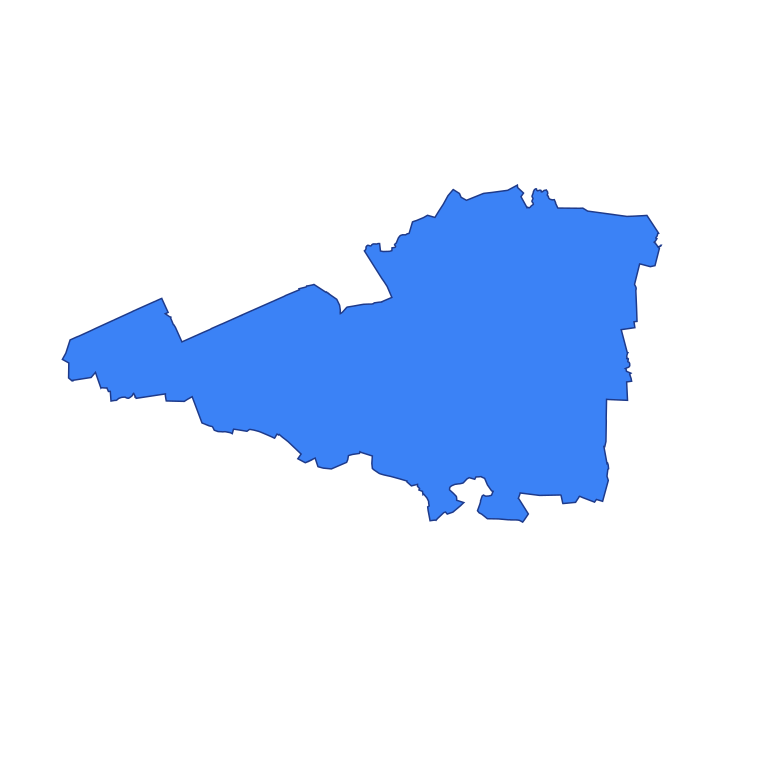 outline of Platones pag., Jelgava, Latvia, rotated 255°
{"feature_id": "27541924B52007351814960", "entity_name": "Platones pag.", "entity_type": "district", "adm_level": 2, "iso_a3": "LVA", "parent_name": "Latvia", "parent_adm1": "Jelgava", "projection": "mercator", "projection_center": [23.71, 56.549], "detail": "fine", "context": "isolated", "style": "filled", "palette": "blue", "viewbox_px": 768, "rotation_deg": 255, "n_neighbors": 0, "source": "geoboundaries", "source_scale": "gbopen_adm2", "svg_char_len": 6090}
<svg xmlns="http://www.w3.org/2000/svg" viewBox="0 0 768 768"><g transform="rotate(255 384 384)"><path d="M518.0,596.2L518.1,595.3L518.3,594.3L519.4,592.3L520.4,591.5L521.4,591.2L522.9,591.3L523.7,590.6L524.8,590.8L525.6,591.5L527.3,591.7L529.3,591.0L529.2,590.8L529.4,590.4L529.4,590.0L529.5,589.9L529.5,588.6L528.9,587.3L528.7,586.6L528.8,585.9L529.0,585.6L529.8,585.8L530.4,585.7L530.9,584.8L530.9,583.7L530.8,582.5L531.2,582.0L531.7,581.7L532.8,581.8L533.2,581.5L533.2,580.7L532.8,579.6L531.6,578.5L531.1,578.1L529.8,577.5L527.2,575.6L526.6,575.5L525.1,575.9L524.4,575.9L522.7,574.4L522.2,574.2L521.7,574.2L520.2,574.8L519.0,574.8L518.6,574.2L518.5,573.8L517.9,572.3L517.1,571.2L516.9,570.8L516.6,569.7L517.2,568.9L517.6,568.6L517.7,568.3L517.3,567.8L529.5,564.8L532.3,568.2L539.2,563.9L541.6,564.3L539.1,553.7L539.1,553.4L541.1,537.8L542.3,529.8L542.3,529.1L540.1,511.2L544.4,506.8L548.5,506.2L553.9,501.2L553.7,500.8L549.3,494.5L542.2,487.7L537.0,481.9L531.7,476.3L535.7,469.7L534.5,465.2L533.5,457.6L533.4,455.1L533.2,453.5L523.1,447.3L523.0,446.3L523.1,445.3L522.5,443.5L523.3,440.7L523.3,438.9L523.0,437.8L522.2,436.7L521.4,435.7L517.2,432.5L516.8,432.0L516.6,431.2L515.7,430.2L514.3,430.8L513.9,430.8L513.4,430.5L513.1,429.8L513.3,428.3L513.3,427.8L513.5,427.0L510.8,426.1L510.7,423.7L512.2,417.4L513.4,415.0L520.8,416.1L521.2,414.6L521.1,413.2L522.0,410.3L522.0,409.1L521.6,408.2L520.9,407.5L520.9,406.7L521.1,406.1L521.6,405.5L522.2,404.3L521.9,403.2L520.9,402.0L519.8,401.9L518.3,400.8L517.7,399.5L486.5,409.2L482.7,410.6L477.4,412.3L465.6,414.0L464.0,402.8L463.8,402.8L464.3,400.4L464.9,395.6L464.3,394.3L464.4,393.5L464.4,392.8L465.0,390.6L466.3,384.8L466.5,382.8L467.2,374.4L467.8,368.4L467.6,367.7L464.4,362.9L463.6,361.2L463.3,360.0L464.0,360.1L466.5,360.9L471.6,361.5L478.0,360.3L485.2,354.2L485.3,354.3L486.4,353.5L486.4,353.2L486.8,352.8L487.4,352.6L487.9,352.1L487.7,351.6L498.3,342.1L498.2,341.1L498.4,337.2L498.6,335.1L498.7,334.6L498.1,334.2L497.9,333.7L497.9,332.5L498.0,326.5L496.9,326.6L494.9,311.5L494.6,310.7L492.0,294.1L487.2,263.2L487.1,263.3L487.1,262.9L483.9,242.9L483.9,242.5L482.2,231.5L481.8,230.6L480.6,222.4L477.6,203.7L477.0,199.7L492.7,197.2L495.6,196.3L495.9,195.9L502.8,195.0L503.7,195.5L504.7,194.1L508.5,190.9L509.0,194.0L523.9,191.5L524.2,191.5L524.2,191.1L519.3,160.4L519.0,159.2L512.4,120.1L511.2,113.6L509.1,101.0L509.1,100.3L508.8,98.3L507.8,92.2L496.2,84.7L491.0,79.7L485.9,85.0L471.5,80.9L467.7,83.5L467.6,84.3L468.1,84.3L466.1,102.8L469.9,108.3L453.3,109.5L453.6,109.9L452.0,114.6L452.0,115.3L448.1,115.9L447.7,117.7L438.2,115.9L437.8,119.9L437.5,121.0L437.7,121.9L438.0,122.5L438.7,123.9L438.9,125.4L439.0,127.2L438.7,128.9L438.3,130.6L437.3,131.5L436.6,132.8L436.4,133.4L436.4,134.0L437.0,135.8L437.8,137.6L438.2,138.2L439.2,138.8L439.7,139.8L436.8,140.4L436.1,140.1L436.1,140.6L434.3,140.9L431.0,170.3L429.4,169.8L425.5,169.4L424.0,169.3L422.1,175.7L418.9,186.6L420.0,190.0L421.4,195.4L393.5,198.1L389.1,203.9L388.6,204.7L387.4,207.0L386.7,207.4L383.3,208.1L381.0,211.4L379.9,214.9L379.6,215.6L379.1,218.1L378.8,218.8L376.7,223.0L375.3,224.6L379.1,226.8L379.3,227.1L379.2,227.3L377.7,230.8L373.8,239.4L374.8,241.9L374.9,242.3L374.8,242.6L374.7,243.1L373.2,246.3L370.9,250.3L369.7,252.1L365.5,257.5L362.3,261.5L360.0,264.2L360.0,264.3L360.7,265.1L362.6,266.9L363.3,267.7L362.0,269.0L362.4,269.7L358.9,272.1L353.2,276.4L337.8,285.8L334.1,281.4L328.4,287.5L328.3,287.8L329.1,292.2L328.9,292.0L329.4,294.7L329.6,294.9L330.3,298.3L321.4,298.8L321.1,299.0L318.5,303.5L315.6,311.2L318.0,327.6L320.3,329.4L324.0,331.1L324.1,332.2L324.1,335.5L323.3,342.4L324.8,343.2L323.7,344.4L317.5,354.1L310.4,351.7L305.4,350.9L303.6,352.1L299.0,356.1L298.2,357.1L296.2,360.4L294.1,364.4L293.1,366.4L288.3,374.6L284.3,381.1L283.6,380.8L283.4,380.9L278.5,384.1L278.4,390.4L276.4,389.9L273.9,391.3L272.6,390.3L270.3,393.4L267.0,393.0L267.3,393.9L262.8,396.0L259.1,396.7L257.4,396.3L254.6,396.1L254.0,394.4L250.5,393.9L240.0,393.1L239.5,397.1L239.1,398.9L238.9,399.0L240.2,400.9L244.3,408.5L244.4,410.3L242.0,411.4L242.4,417.4L246.9,427.0L247.1,427.2L248.8,430.4L252.9,424.1L254.7,424.6L256.4,424.8L256.9,424.7L260.5,422.7L264.8,419.9L266.8,420.6L267.4,421.2L268.2,422.9L268.7,426.5L268.2,430.6L268.0,431.4L267.9,433.9L268.0,435.0L270.8,439.5L271.5,442.0L268.5,447.0L270.4,448.8L269.8,451.6L269.4,453.9L268.9,454.2L266.8,456.8L259.7,457.8L252.9,460.3L252.1,461.6L248.8,459.1L248.7,458.9L248.7,456.3L249.3,453.2L251.0,451.3L250.4,449.8L246.2,447.0L245.3,446.8L243.0,445.4L237.4,441.5L234.9,442.6L233.0,444.7L227.1,449.0L224.1,459.5L220.6,469.1L220.2,470.8L220.0,471.0L218.3,477.1L217.5,479.1L217.0,479.8L214.7,482.2L216.5,484.5L221.1,489.8L238.0,484.6L238.7,484.1L242.2,486.6L243.5,487.3L236.1,505.5L231.1,525.8L230.7,526.2L222.5,525.8L222.2,525.9L220.1,538.4L224.7,543.5L224.8,543.5L224.9,544.0L223.1,546.2L215.4,556.8L217.5,559.3L214.1,564.8L232.8,575.7L237.2,575.5L243.6,578.1L244.0,579.0L247.8,579.6L249.7,579.5L249.4,578.8L266.7,580.2L266.3,581.0L271.0,583.5L290.6,589.1L293.2,589.7L311.6,595.0L310.7,597.5L305.2,615.0L323.2,618.9L322.6,623.9L325.5,624.1L329.9,623.8L330.5,625.3L333.5,621.5L336.0,621.7L336.4,621.2L336.7,622.6L336.8,623.9L337.0,624.8L337.3,625.4L337.9,626.0L338.3,626.2L340.3,626.6L341.6,626.3L341.8,626.1L342.1,625.6L342.5,625.3L342.8,625.3L344.0,626.1L345.1,626.5L345.4,626.3L345.2,625.8L345.6,625.1L345.8,625.0L346.1,625.1L346.8,625.6L348.0,625.6L350.5,627.0L351.1,627.7L351.4,627.2L352.3,627.1L375.1,627.2L373.5,640.9L379.4,641.6L379.0,644.6L392.8,647.8L408.5,651.3L409.4,651.5L409.7,651.8L411.4,652.4L413.0,652.3L415.0,651.8L415.6,651.9L433.8,662.0L433.1,663.5L428.4,671.6L428.2,676.4L443.7,685.1L445.0,684.4L445.6,687.0L446.3,687.7L446.4,687.4L446.0,687.1L445.8,686.5L445.5,684.1L448.0,683.3L449.6,682.5L449.8,682.7L451.1,681.7L451.8,683.1L453.7,685.2L454.2,684.5L455.1,684.6L455.8,685.6L456.4,686.2L458.4,687.3L458.5,688.3L478.8,681.6L479.5,678.0L481.5,668.6L483.0,662.0L498.3,625.5L502.4,621.6L503.2,618.1L508.8,598.0L509.1,597.4L514.4,596.5L514.8,596.7L518.0,596.2Z" fill="#3b82f6" stroke="#1e3a8a" stroke-width="1.5"/></g></svg>